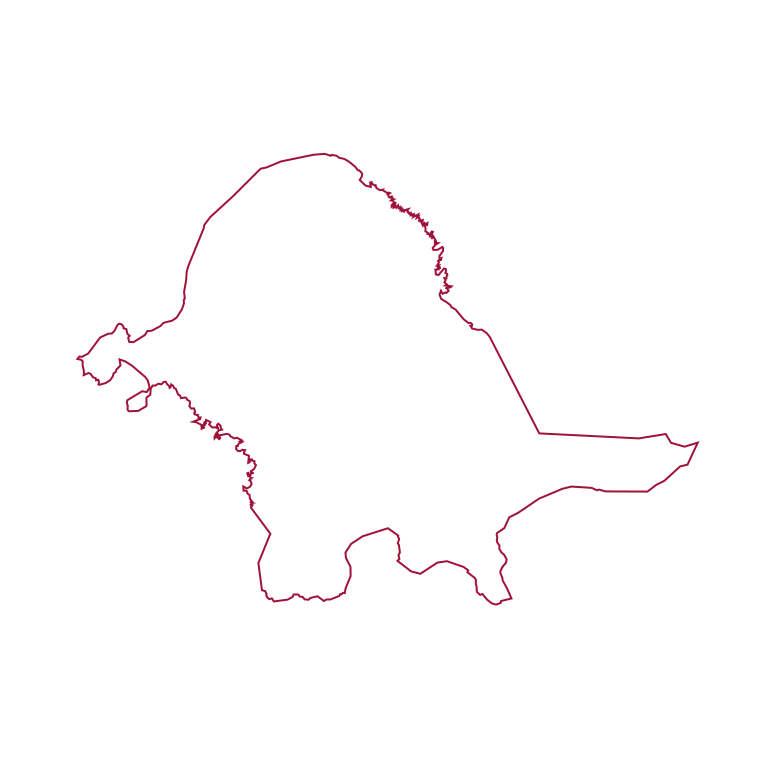 Davst, Uvs, Mongolia, rotated 168°
{"feature_id": "93677404B415729533363", "entity_name": "Davst", "entity_type": "district", "adm_level": 2, "iso_a3": "MNG", "parent_name": "Mongolia", "parent_adm1": "Uvs", "projection": "orthographic", "projection_center": [92.742, 50.438], "detail": "fine", "context": "isolated", "style": "outline", "palette": "rose", "viewbox_px": 768, "rotation_deg": 168, "n_neighbors": 0, "source": "geoboundaries", "source_scale": "gbopen_adm2", "svg_char_len": 6153}
<svg xmlns="http://www.w3.org/2000/svg" viewBox="0 0 768 768"><g transform="rotate(168 384 384)"><path d="M118.8,276.5L146.0,277.8L242.4,303.4L270.8,408.2L272.8,412.2L277.1,416.9L281.1,417.5L286.3,420.0L287.3,422.8L286.1,422.5L285.3,424.0L286.7,425.8L288.7,426.1L292.6,430.7L298.5,441.9L302.2,445.4L302.7,447.4L305.5,450.7L310.4,455.4L311.1,459.9L308.9,463.3L307.9,460.1L304.9,460.8L304.0,460.1L301.4,461.7L302.3,464.1L303.9,465.0L298.9,464.7L297.6,465.5L303.6,467.6L301.8,468.3L303.8,470.8L302.3,472.6L302.9,475.0L301.0,474.3L300.2,476.8L299.3,477.5L299.3,478.5L300.9,479.9L299.7,481.9L299.7,483.7L301.4,484.4L308.0,479.3L310.5,480.4L309.9,485.2L308.8,484.7L307.7,485.7L306.7,484.8L306.3,485.8L305.2,485.8L305.2,486.7L306.6,486.2L307.1,487.4L305.6,488.7L307.5,488.8L304.8,491.6L305.6,493.1L304.2,493.9L302.6,493.4L301.7,495.2L303.6,494.8L303.3,497.6L298.8,501.6L297.9,504.7L298.4,505.9L303.8,504.1L307.8,504.9L308.1,507.0L305.4,508.9L304.8,511.9L303.7,509.8L301.7,510.6L303.8,511.3L303.4,512.7L305.0,518.1L307.5,516.0L305.6,518.0L305.9,519.3L306.7,519.1L304.6,522.7L305.7,523.2L308.4,519.6L308.6,521.1L310.2,521.8L309.4,522.5L311.8,524.8L310.9,527.6L311.4,531.3L308.8,530.4L308.1,532.4L309.8,531.7L311.1,533.3L313.0,530.9L313.9,534.7L312.8,534.7L312.0,536.3L315.6,535.9L315.8,536.8L314.5,537.3L315.1,539.4L316.1,539.6L315.5,540.5L317.3,539.8L315.4,542.7L320.0,541.4L319.1,542.3L319.3,544.0L321.4,542.9L321.5,543.7L322.3,543.6L321.7,544.5L322.0,545.7L323.3,544.4L324.0,545.3L324.0,546.5L325.1,547.0L324.7,548.0L325.6,548.9L324.0,550.0L327.3,549.8L328.6,548.3L329.1,548.8L328.6,549.3L329.0,550.5L330.6,549.7L330.2,551.9L331.7,551.0L331.2,553.7L333.1,552.9L333.0,555.7L335.3,553.9L335.5,555.2L338.2,554.4L338.1,557.3L339.5,556.3L339.1,557.6L337.7,558.5L337.1,556.0L336.5,555.8L336.1,556.3L336.8,557.0L335.4,557.6L335.1,558.9L336.2,559.3L337.1,561.3L338.6,561.9L336.2,562.6L338.2,563.3L338.2,564.4L337.0,564.7L337.3,565.9L339.9,565.4L340.5,566.2L340.4,568.9L338.5,569.5L339.5,570.2L341.2,569.2L341.4,570.6L344.9,573.7L344.4,574.4L347.8,574.4L350.7,577.5L350.9,580.2L351.8,580.0L353.5,582.0L354.6,581.7L354.1,584.0L355.7,583.9L356.0,579.5L361.0,582.1L365.3,588.6L362.8,591.3L361.7,593.7L362.0,595.2L363.8,598.0L365.1,598.5L367.2,602.8L372.1,608.8L376.0,612.4L380.8,614.6L383.0,617.2L387.8,619.0L388.7,618.3L394.0,621.4L405.3,622.9L438.6,623.1L453.6,620.3L460.0,620.2L492.4,599.2L519.1,583.5L526.7,577.0L528.1,573.6L550.8,540.2L553.7,534.8L555.8,527.1L560.4,515.7L561.1,508.9L562.3,508.0L563.0,504.3L566.1,499.1L572.9,492.2L578.0,490.0L586.9,489.7L590.8,487.1L600.2,484.4L604.5,485.0L607.7,481.6L620.3,477.0L624.5,478.2L624.6,482.5L622.8,484.0L624.6,486.5L624.6,491.3L627.2,492.6L626.9,494.1L628.2,496.9L630.5,498.0L632.4,497.2L636.5,492.1L639.5,490.0L643.4,490.5L652.0,488.5L667.0,475.3L673.7,473.4L676.2,474.2L678.7,472.3L675.2,470.6L674.0,468.9L674.9,464.8L674.9,458.3L675.9,455.1L670.7,456.2L668.9,454.9L667.3,451.2L664.7,449.4L664.9,447.4L662.6,447.6L662.3,445.5L663.4,443.0L662.7,442.4L656.0,442.8L651.2,444.6L647.7,447.8L646.2,450.7L644.0,451.5L642.6,453.9L637.9,456.9L637.6,463.0L632.4,459.9L626.7,454.3L616.3,440.8L614.4,436.8L614.0,430.3L614.6,428.5L617.8,425.4L622.0,427.2L638.5,421.5L639.4,419.1L639.2,415.8L640.0,413.4L640.0,411.5L639.0,410.3L630.0,408.8L621.5,411.6L620.7,412.3L619.4,419.3L618.6,420.5L614.9,422.0L613.3,427.5L610.7,430.6L608.0,430.0L604.7,431.2L601.8,430.0L599.1,431.8L597.0,431.6L596.2,428.9L594.6,426.8L594.5,424.8L593.2,425.5L592.3,427.8L590.7,426.2L590.0,423.5L588.7,422.7L587.5,416.4L585.9,415.1L585.5,412.4L581.1,412.1L580.1,411.2L579.9,409.6L577.6,407.6L577.8,405.1L579.0,403.0L577.8,400.1L574.8,399.6L574.5,395.9L575.8,394.9L575.4,393.6L572.4,392.2L572.5,389.6L570.4,389.4L571.2,387.9L578.6,386.8L575.4,385.5L571.1,382.0L571.7,378.1L569.2,378.7L570.1,380.6L568.6,382.3L568.5,380.7L567.8,380.9L567.4,383.8L566.3,382.9L565.5,385.8L561.6,382.8L563.5,380.8L560.9,377.1L557.7,376.7L555.6,374.8L555.3,376.0L556.2,376.8L555.7,378.9L554.3,379.6L552.6,377.2L552.6,374.3L551.9,373.1L555.1,373.0L558.6,370.5L560.9,367.2L561.0,366.1L557.0,369.7L556.6,369.0L558.2,366.2L556.6,364.3L555.4,365.2L555.8,366.8L555.3,368.0L548.4,367.9L545.7,366.7L545.2,364.9L541.8,361.9L539.1,362.0L534.8,358.5L536.7,357.8L534.8,356.8L538.9,355.7L539.9,353.7L541.4,354.0L542.2,351.3L541.0,349.1L538.9,348.2L536.2,349.1L533.6,348.1L535.2,346.3L535.4,344.8L531.0,341.9L533.2,335.1L531.8,335.4L530.8,338.1L530.1,336.9L528.9,337.7L528.4,336.2L526.7,335.4L527.3,333.3L526.1,331.3L528.9,327.7L532.3,326.4L532.3,325.2L530.0,324.0L532.6,324.2L533.4,322.8L534.7,322.6L535.0,325.3L536.3,325.1L536.0,322.1L534.5,321.6L533.8,320.4L534.5,319.3L533.5,319.2L535.8,317.9L534.6,316.8L534.3,313.6L536.7,311.2L540.0,310.4L542.9,313.1L543.6,308.9L540.7,308.2L540.1,304.9L538.6,303.5L539.0,299.5L537.2,295.9L539.7,296.6L537.2,295.0L538.6,295.0L538.3,293.9L539.5,293.6L539.3,292.3L538.4,292.3L539.9,290.8L526.3,261.2L544.1,235.0L546.2,207.7L543.3,206.1L542.5,203.0L543.1,202.1L542.7,199.7L541.0,197.4L538.3,197.6L536.9,194.2L523.1,193.1L517.6,194.8L516.1,196.9L511.7,195.9L510.6,193.7L507.8,192.6L506.5,189.9L502.7,188.7L500.5,190.0L493.2,190.2L487.8,184.2L485.3,185.2L481.2,184.4L471.7,186.0L470.6,187.6L469.4,187.1L467.7,188.3L465.9,187.6L463.9,192.4L456.6,203.0L454.8,212.1L457.4,221.9L456.7,227.2L449.5,234.4L436.5,239.5L410.2,242.1L401.6,232.8L402.1,231.7L401.4,229.4L403.6,225.2L402.9,223.4L403.5,215.9L405.4,213.6L405.3,209.7L407.6,208.2L396.5,195.1L387.9,190.8L369.0,198.2L359.3,197.6L344.2,188.5L340.4,184.2L341.6,182.5L335.7,175.7L334.8,173.3L335.8,169.3L335.5,167.2L336.4,161.5L333.9,157.8L331.4,158.1L327.8,151.4L324.2,147.1L320.3,144.9L315.4,145.6L314.6,147.4L303.9,147.7L306.2,158.8L308.8,167.2L308.5,169.8L309.5,174.8L309.0,176.8L306.2,180.4L301.8,183.9L300.5,187.0L302.0,192.0L304.1,194.7L305.5,198.7L304.7,202.1L306.2,205.7L306.0,208.6L305.1,210.1L305.1,213.5L304.4,214.7L296.2,218.1L289.2,227.6L279.6,230.1L256.0,239.7L231.4,244.4L221.9,244.7L202.4,239.2L197.7,235.7L195.6,236.0L189.7,232.9L148.7,224.0L138.3,228.9L129.9,231.0L111.5,241.8L103.9,242.0L89.3,261.4L103.0,260.2L115.5,266.8L118.8,276.5Z" fill="none" stroke="#9f1239" stroke-width="2"/></g></svg>